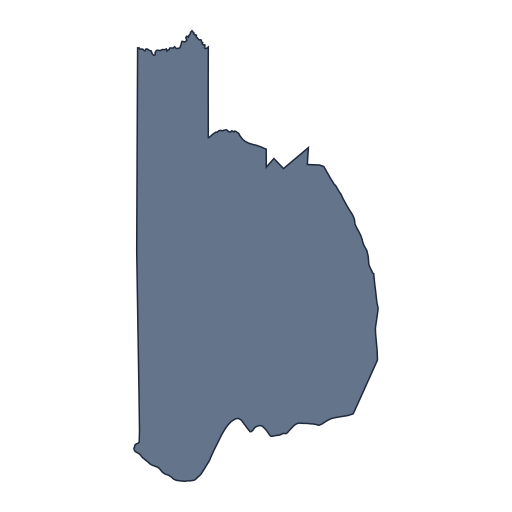 outline of Chum Kiri, Kâmpôt, Cambodia
{"feature_id": "14789045B68575836208797", "entity_name": "Chum Kiri", "entity_type": "district", "adm_level": 2, "iso_a3": "KHM", "parent_name": "Cambodia", "parent_adm1": "Kâmpôt", "projection": "natural_earth1", "projection_center": [104.434, 10.999], "detail": "fine", "context": "isolated", "style": "filled", "palette": "slate", "viewbox_px": 512, "rotation_deg": 0, "n_neighbors": 0, "source": "geoboundaries", "source_scale": "gbopen_adm2", "svg_char_len": 3602}
<svg xmlns="http://www.w3.org/2000/svg" viewBox="0 0 512 512"><path d="M190.6,32.2L190.2,34.1L189.0,35.3L188.3,37.2L187.7,36.5L186.6,36.2L185.8,37.7L186.8,40.2L186.3,40.9L184.7,42.0L183.3,41.5L182.0,41.3L181.4,42.7L181.2,44.3L180.6,45.7L180.1,47.3L179.6,48.0L178.1,48.3L176.4,48.6L175.7,47.9L174.6,46.7L173.8,47.4L173.1,48.1L171.8,48.0L170.7,47.9L169.6,48.2L169.1,49.7L167.9,50.1L166.8,51.0L166.7,49.8L166.3,48.9L165.7,49.2L164.3,49.7L162.2,49.5L160.1,50.7L157.8,50.1L156.3,50.6L155.1,52.5L155.3,54.7L154.4,55.1L153.5,55.2L152.6,54.1L152.0,53.6L151.8,52.6L151.3,51.0L149.6,50.7L148.4,49.7L147.5,49.1L146.5,48.9L145.8,49.1L145.0,50.9L143.8,50.3L142.7,49.1L141.3,49.1L139.9,49.1L139.0,47.7L138.3,48.0L137.6,47.9L136.7,250.2L138.0,332.6L139.0,394.1L139.5,430.5L139.2,442.0L138.2,443.1L135.2,444.5L134.9,445.6L134.6,446.5L133.9,448.3L134.1,449.2L134.5,450.6L135.5,451.7L137.8,453.0L139.6,454.1L141.2,455.9L142.3,457.5L144.5,459.2L145.7,460.3L147.1,461.3L149.1,463.1L150.5,464.3L152.7,465.4L157.9,467.3L159.8,469.0L161.1,470.7L162.4,472.2L164.7,473.9L168.9,475.4L171.7,477.3L172.6,478.2L173.6,479.1L176.0,480.2L178.1,480.6L181.3,481.0L185.2,481.3L187.7,480.8L189.8,480.9L191.0,480.7L193.8,480.3L195.4,479.5L196.4,478.5L198.5,476.6L200.1,475.1L200.7,474.4L201.4,473.7L202.4,471.9L204.3,469.0L206.3,465.7L209.5,460.5L211.3,456.1L213.5,451.2L215.5,447.2L217.6,443.0L219.8,438.5L221.7,434.6L224.1,430.6L226.2,427.3L228.4,424.5L231.0,421.7L233.5,420.0L235.5,418.9L236.7,418.6L238.2,418.5L239.5,419.0L241.2,420.0L242.4,421.6L244.4,424.3L246.7,427.4L248.5,429.8L250.0,431.6L250.9,431.8L252.8,430.4L254.6,427.8L256.4,426.5L258.2,425.9L258.9,425.7L260.1,425.6L262.1,426.0L264.9,428.7L266.5,430.5L268.1,432.8L269.7,435.1L270.7,436.1L272.2,436.3L274.5,435.8L276.9,435.4L279.6,435.1L281.9,434.1L282.9,433.5L284.4,433.5L286.2,433.6L287.5,432.6L289.8,429.9L292.2,427.4L294.3,425.3L296.8,423.7L298.6,423.2L300.4,423.2L303.5,423.4L306.4,423.4L309.1,423.6L310.5,423.8L311.4,423.9L313.6,424.0L316.1,424.5L318.8,425.3L321.1,424.4L321.9,424.0L324.5,422.3L326.9,420.8L330.0,419.1L333.4,418.0L337.3,417.3L342.0,416.5L344.4,416.1L347.6,415.6L350.5,414.7L352.4,414.1L353.2,413.8L360.4,398.0L377.1,360.9L377.4,360.0L377.5,359.2L377.4,357.5L377.1,350.2L375.6,333.7L375.4,328.4L375.8,325.2L377.0,317.2L378.1,308.8L377.9,306.9L377.1,303.7L376.6,300.0L375.7,291.8L374.6,283.0L373.9,275.5L373.7,273.6L372.7,273.1L371.7,270.7L370.3,268.0L368.9,264.7L368.3,257.6L368.2,256.4L367.0,251.0L366.2,249.3L365.1,247.5L363.8,245.1L362.8,242.2L362.1,239.3L360.9,235.8L359.5,232.9L357.5,229.2L356.0,226.4L354.9,223.8L354.6,220.4L353.8,217.5L352.2,214.2L349.4,209.9L347.4,206.6L345.3,202.8L344.6,201.5L342.9,198.4L341.2,194.6L339.2,191.7L337.5,188.8L336.2,186.4L335.1,185.0L334.4,184.6L329.9,177.3L323.8,166.5L319.5,165.0L307.3,164.5L308.4,147.6L283.5,168.6L273.9,158.5L266.3,167.2L266.2,149.1L264.5,148.5L261.2,147.0L256.4,145.3L251.9,144.2L248.3,143.0L245.1,141.3L242.6,139.3L239.9,135.7L239.4,134.8L239.0,133.8L238.4,133.2L237.5,132.7L236.8,132.0L236.1,131.5L234.5,131.1L233.8,131.9L232.6,131.1L231.8,130.7L231.3,131.2L230.3,132.1L228.8,131.8L227.9,131.0L226.8,129.9L225.9,129.9L224.0,130.2L222.7,130.8L221.9,130.8L220.8,130.3L218.9,130.7L217.1,132.3L216.0,132.1L214.7,132.9L212.4,134.5L210.3,136.5L209.3,137.3L208.3,137.6L208.2,87.1L208.3,47.0L207.0,48.1L205.3,48.6L204.7,47.9L204.8,47.0L205.0,46.1L204.8,44.8L203.7,45.0L202.2,44.0L202.7,42.6L201.5,41.9L201.5,41.0L201.0,39.8L199.0,39.8L197.8,38.5L196.2,36.6L196.4,35.2L195.3,34.9L193.8,34.2L194.0,33.0L193.0,32.0L192.0,30.7L190.6,32.2Z" fill="#64748b" stroke="#1e293b" stroke-width="1.5"/></svg>